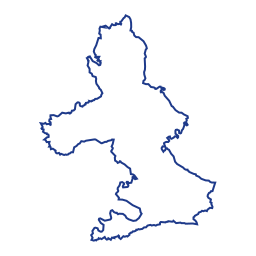 the district of Kubake, Maseru, Lesotho
{"feature_id": "5366337B67565393962303", "entity_name": "Kubake", "entity_type": "district", "adm_level": 2, "iso_a3": "LSO", "parent_name": "Lesotho", "parent_adm1": "Maseru", "projection": "orthographic", "projection_center": [27.695, -29.673], "detail": "fine", "context": "isolated", "style": "outline", "palette": "blue", "viewbox_px": 256, "rotation_deg": 0, "n_neighbors": 0, "source": "geoboundaries", "source_scale": "gbopen_adm2", "svg_char_len": 5842}
<svg xmlns="http://www.w3.org/2000/svg" viewBox="0 0 256 256"><path d="M206.9,211.1L207.5,209.7L209.9,207.8L212.2,208.1L212.5,206.9L211.3,203.9L211.6,202.9L210.3,202.1L210.9,199.4L208.4,197.8L207.6,196.4L207.8,195.0L209.0,192.9L210.3,192.4L211.0,191.2L212.5,191.1L215.2,182.6L211.7,182.5L210.3,182.0L208.8,180.6L205.7,180.4L201.3,178.8L198.9,176.7L196.2,175.6L195.8,174.3L193.7,173.9L189.2,171.9L188.4,170.8L187.6,170.5L187.5,169.7L185.8,169.7L184.5,169.0L183.2,167.6L177.1,164.0L175.1,161.7L173.6,156.4L171.1,153.7L169.0,149.8L167.4,149.0L167.0,148.3L165.8,148.4L165.1,150.3L164.2,150.6L163.4,151.7L161.8,149.2L161.6,148.1L162.6,146.4L165.3,146.8L164.0,143.6L164.2,142.9L166.2,141.9L168.2,142.0L169.2,140.9L169.1,140.2L167.2,137.9L168.8,136.7L169.9,136.5L170.3,138.3L171.5,138.8L173.7,137.6L174.8,136.4L176.2,136.4L177.6,137.9L178.1,137.4L178.2,136.0L175.5,133.7L175.4,130.9L175.8,129.9L177.1,129.6L179.0,130.5L179.2,133.1L180.5,133.4L181.1,133.0L181.9,130.3L183.1,128.9L184.2,125.8L184.4,123.8L184.0,123.1L184.5,122.5L185.1,122.8L186.3,125.1L186.8,125.4L187.6,124.8L186.0,122.1L186.8,120.2L186.3,118.8L187.9,117.9L187.6,116.2L184.0,114.5L181.6,112.7L179.1,112.6L175.5,110.1L172.9,106.7L171.7,106.1L169.2,100.8L164.7,95.7L163.6,93.0L161.8,91.8L161.0,92.3L160.7,91.9L160.8,90.7L161.3,90.1L162.8,89.4L163.8,90.0L164.7,89.6L164.7,88.7L163.9,88.1L162.4,87.7L161.5,88.4L160.7,86.7L159.5,86.7L156.5,88.8L155.4,88.9L155.3,88.3L153.8,87.4L151.0,87.0L148.4,84.1L145.8,84.1L143.1,83.1L143.5,80.8L144.7,79.9L145.4,78.3L144.3,74.6L144.1,72.1L144.9,69.8L145.1,66.7L144.7,58.4L145.8,57.3L145.9,56.6L144.7,53.5L145.8,49.5L146.8,48.5L146.6,47.4L146.0,45.5L143.5,41.2L138.6,37.2L136.1,37.1L134.3,35.5L133.6,32.7L132.1,31.9L131.9,30.8L130.5,30.5L131.2,27.2L131.1,22.8L130.5,19.4L129.2,17.1L125.7,15.4L124.6,17.5L123.7,18.0L120.9,21.9L120.3,21.9L120.3,23.0L121.2,23.9L120.9,24.5L119.5,23.8L118.0,24.2L116.2,23.2L115.8,23.3L115.9,24.9L115.4,25.1L113.5,25.1L112.1,24.2L110.1,27.2L110.1,27.9L109.2,28.5L105.6,25.7L103.0,26.5L104.0,27.3L100.4,26.7L99.5,28.6L99.8,30.6L99.2,33.6L100.6,34.6L100.8,38.3L98.5,38.0L96.2,45.3L94.3,49.1L93.8,51.6L95.1,54.6L95.8,55.1L95.2,57.2L96.4,57.8L97.3,56.8L99.2,56.8L97.4,60.5L97.7,60.8L99.0,60.2L99.3,61.3L100.5,61.1L100.2,62.8L100.7,63.0L100.2,64.9L99.0,65.3L96.6,63.1L92.7,61.1L90.1,56.9L89.9,57.3L89.1,56.6L88.6,56.7L88.1,57.0L88.3,57.4L86.9,58.1L88.5,60.7L88.1,60.9L88.4,62.1L87.6,65.5L89.6,68.9L89.6,72.4L91.8,73.7L92.6,76.1L95.7,77.0L96.2,78.9L95.9,80.9L96.4,83.7L99.1,87.5L99.2,88.4L100.8,89.8L102.4,93.2L101.4,94.6L101.0,96.4L97.1,98.8L95.2,98.9L94.2,100.1L93.3,100.1L92.4,100.9L91.9,100.8L91.3,101.4L89.5,101.0L89.7,101.4L88.1,102.3L88.1,102.6L85.9,102.9L85.6,104.3L84.9,104.3L84.5,105.2L83.1,105.7L82.5,106.6L80.3,106.0L79.8,105.1L79.8,103.3L78.7,102.4L77.5,102.4L75.6,104.2L74.9,109.3L73.6,110.5L71.9,110.7L71.2,112.6L70.1,113.4L69.7,112.9L69.2,113.3L68.5,112.7L65.9,113.4L62.2,112.7L58.5,116.0L57.2,116.4L53.7,115.1L50.5,115.3L50.4,116.8L51.1,119.0L49.6,119.3L49.3,120.1L49.3,121.3L50.6,122.4L50.7,124.7L50.3,124.9L49.4,123.8L46.6,124.2L45.4,122.9L43.8,123.8L40.8,123.3L42.5,126.4L42.6,127.4L41.5,128.4L41.8,129.0L43.6,129.4L43.7,129.8L43.0,131.7L45.2,133.2L46.8,133.4L46.9,134.2L48.4,134.6L48.7,135.8L48.6,137.0L46.9,137.4L44.3,139.6L45.4,139.8L46.7,142.1L49.5,141.9L49.0,143.7L49.8,145.3L49.1,146.6L50.2,146.6L50.6,147.1L50.9,149.2L52.8,148.7L55.6,150.6L55.4,151.7L56.3,153.1L57.1,153.4L59.0,152.9L60.1,154.6L61.0,153.8L64.1,155.0L65.6,154.5L66.5,154.8L68.3,154.4L68.7,153.7L69.9,153.4L71.3,152.2L73.0,152.3L74.2,147.3L76.5,146.0L78.2,144.1L79.7,143.5L81.3,141.2L84.2,141.6L86.0,140.7L94.4,139.4L95.6,139.5L101.3,143.2L102.0,143.2L105.0,141.9L106.5,141.9L108.0,140.9L111.3,140.2L112.0,139.5L113.7,139.6L112.7,144.1L111.6,146.5L112.8,148.1L112.7,148.7L111.2,151.1L111.3,151.7L115.4,156.0L114.8,157.6L115.1,160.6L116.9,161.7L117.7,162.9L119.1,162.3L119.9,161.2L120.5,161.4L121.2,162.5L124.6,164.4L127.6,167.1L130.1,168.6L130.9,174.1L132.9,174.4L134.3,175.3L136.9,178.7L135.1,179.2L134.0,178.2L133.7,177.0L133.0,176.8L132.5,177.2L132.8,177.9L131.3,182.7L128.6,183.2L127.9,181.9L126.8,181.9L126.5,182.4L128.4,185.3L128.1,186.5L127.3,187.0L123.1,187.4L122.8,186.7L123.2,185.3L124.1,184.2L123.9,183.2L122.2,182.1L120.3,182.5L119.6,185.4L117.8,187.9L117.6,189.2L118.2,190.5L118.1,191.4L116.2,193.3L115.9,194.1L118.9,197.7L118.6,199.5L122.3,199.6L126.5,200.8L132.7,205.2L139.8,208.5L140.7,212.5L141.6,213.7L139.0,218.0L136.0,220.5L133.2,220.9L128.7,219.3L126.5,217.9L125.3,215.7L122.9,213.9L119.2,213.7L118.0,214.2L116.8,212.8L116.4,213.1L114.1,212.2L112.3,210.2L111.4,210.5L110.8,210.9L110.1,213.3L111.2,217.6L111.1,218.6L110.3,219.5L104.8,220.7L100.3,218.4L99.1,218.7L98.8,219.8L100.8,223.0L103.6,224.9L103.2,230.1L101.7,231.7L100.6,231.7L98.4,230.5L97.6,228.3L95.6,227.7L94.5,227.9L92.4,231.0L92.9,233.4L91.2,235.1L92.6,237.8L91.5,239.9L93.8,240.6L95.4,240.0L96.2,240.4L96.8,239.7L98.2,239.3L98.6,238.4L99.1,238.9L100.1,238.4L101.6,239.1L104.7,237.0L105.5,238.5L106.8,239.6L107.8,239.3L108.3,238.2L110.8,239.8L112.0,237.6L114.3,238.1L114.1,237.3L117.6,236.4L118.5,235.5L119.1,236.1L119.0,237.6L120.7,239.0L123.4,236.2L124.7,236.7L126.8,236.1L127.5,236.5L129.5,234.8L129.3,233.8L130.9,232.6L131.6,232.7L133.0,231.3L133.8,231.5L135.7,230.8L136.3,229.7L137.2,229.9L138.4,229.1L139.4,229.4L142.3,228.9L144.1,227.4L146.1,227.3L147.5,225.6L149.4,225.1L150.6,224.9L151.6,225.5L154.0,225.0L155.8,225.6L157.2,224.8L159.9,224.4L160.1,222.6L160.8,222.0L165.6,222.4L166.1,221.9L167.8,221.8L168.2,221.2L172.1,221.7L173.0,221.5L173.4,220.8L176.1,223.1L180.5,222.6L181.3,223.1L184.5,223.1L185.6,223.7L192.8,223.5L197.1,224.3L196.6,222.4L195.4,220.6L193.5,219.2L193.5,217.3L194.4,216.7L194.8,215.8L198.2,214.0L198.8,212.5L200.9,211.8L202.0,210.8L203.4,211.2L205.1,210.5L206.9,211.1Z" fill="none" stroke="#1e3a8a" stroke-width="2"/></svg>